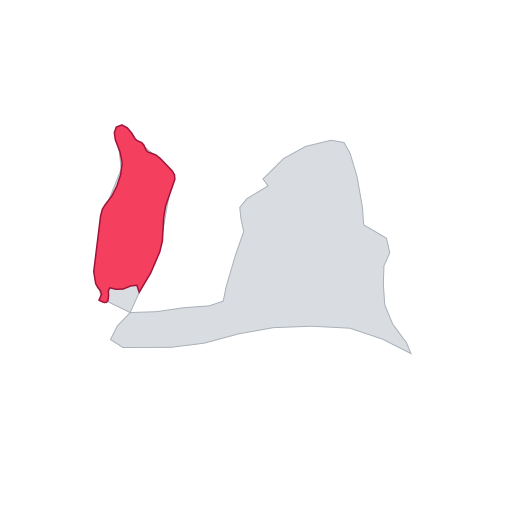 location of Temburong within Brunei, rotated 206°
{"feature_id": "BRN-1183", "entity_name": "Temburong", "entity_type": "District", "adm_level": 1, "iso_a3": "BRN", "parent_name": "Brunei", "parent_adm1": "", "projection": "orthographic", "projection_center": [115.184, 4.611], "detail": "fine", "context": "in_parent", "style": "filled", "palette": "rose", "viewbox_px": 512, "rotation_deg": 206, "n_neighbors": 0, "source": "natural_earth", "source_scale": "10m", "svg_char_len": 1504}
<svg xmlns="http://www.w3.org/2000/svg" viewBox="0 0 512 512"><g transform="rotate(206 256 256)"><path d="M344.3,150.0L321.3,162.2L298.8,177.5L276.2,190.7L265.7,201.1L269.4,215.6L274.8,247.6L277.8,272.7L285.7,282.6L291.9,292.6L289.3,303.5L275.9,324.3L283.5,328.3L273.9,355.8L259.5,376.2L239.5,392.8L226.7,396.6L216.4,389.5L199.7,371.3L181.4,346.0L172.9,331.2L146.6,329.2L137.2,317.6L136.7,303.3L129.2,286.5L118.9,268.6L103.4,254.8L82.7,244.0L73.9,236.2L105.9,236.7L140.1,232.2L175.2,217.3L209.0,199.2L237.4,178.5L264.0,155.2L292.1,136.8L335.5,115.4L350.2,117.1L350.0,132.3L344.3,150.0ZM376.1,150.0L384.1,159.3L400.8,192.0L411.7,224.8L415.2,274.9L428.5,296.1L426.4,300.5L418.4,304.1L406.0,305.6L384.7,300.8L366.8,293.4L351.2,239.3L344.3,208.7L344.9,172.1L344.3,150.0L376.1,150.0Z" fill="#d9dde1" stroke="#a8b0b8" stroke-width="1"/><path d="M377.8,147.5L378.0,153.9L380.6,156.6L384.3,158.3L387.9,160.8L395.0,170.8L413.3,224.0L414.6,230.7L414.1,235.6L411.9,246.7L411.7,257.8L413.3,269.7L417.0,280.8L423.4,289.4L433.3,298.7L437.4,304.7L438.1,310.6L434.0,315.0L427.9,314.8L421.4,311.9L416.3,308.5L413.8,307.6L408.4,307.8L405.5,306.6L401.1,302.9L398.7,302.1L390.3,302.9L384.5,301.6L368.5,295.7L364.8,293.2L362.5,289.2L359.2,261.4L355.9,250.3L346.7,228.4L344.3,217.5L343.2,194.6L345.1,172.2L350.3,177.5L355.4,174.2L361.0,168.0L367.3,164.7L373.3,163.4L373.5,160.1L371.1,155.7L369.5,151.0L370.1,148.8L371.9,147.7L374.5,147.4L377.7,147.5L377.8,147.5Z" fill="#f43f5e" stroke="#9f1239" stroke-width="1.5"/></g></svg>